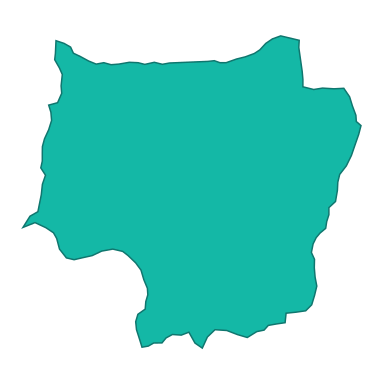 Nova Castilho, São Paulo, Brazil
{"feature_id": "56859067B49471629499295", "entity_name": "Nova Castilho", "entity_type": "district", "adm_level": 2, "iso_a3": "BRA", "parent_name": "Brazil", "parent_adm1": "São Paulo", "projection": "albers", "projection_center": [-50.35, -20.782], "detail": "fine", "context": "isolated", "style": "filled", "palette": "teal", "viewbox_px": 384, "rotation_deg": 0, "n_neighbors": 0, "source": "geoboundaries", "source_scale": "gbopen_adm2", "svg_char_len": 1647}
<svg xmlns="http://www.w3.org/2000/svg" viewBox="0 0 384 384"><path d="M361.0,125.6L356.3,121.5L355.9,115.3L352.4,105.9L349.6,96.8L343.8,88.3L334.0,88.8L322.5,88.1L313.7,89.5L302.9,86.8L302.9,79.4L302.2,71.5L298.8,47.5L299.2,40.3L280.7,35.9L272.4,38.9L265.8,43.4L259.8,49.9L254.3,53.5L245.1,56.9L236.6,59.0L226.1,62.7L220.0,62.7L214.3,60.7L208.0,61.4L169.5,63.0L162.4,64.3L154.3,62.3L144.8,64.4L138.1,62.7L129.3,62.3L118.8,64.1L111.1,64.7L103.8,62.7L96.2,64.1L88.6,61.0L80.7,56.7L73.4,53.2L70.6,47.1L64.1,43.4L56.0,40.7L55.4,53.5L54.7,59.7L59.4,67.9L62.3,74.5L61.1,85.9L61.7,93.3L57.6,102.7L48.7,105.1L50.9,112.3L51.6,120.4L48.7,129.7L44.5,138.8L42.4,146.6L42.3,153.1L42.3,161.1L40.8,167.9L45.5,175.2L42.4,184.3L41.3,194.7L37.9,211.7L30.0,216.2L23.0,227.4L35.0,222.6L45.9,227.7L53.5,232.8L56.7,238.5L59.5,249.1L66.4,257.9L74.1,259.7L81.8,257.9L92.2,255.6L101.7,251.1L112.8,249.1L122.7,251.4L128.0,255.5L135.7,262.9L141.0,270.1L143.8,279.6L147.4,288.3L147.8,294.8L145.8,301.6L145.2,309.1L137.9,314.3L135.7,321.7L136.5,329.7L140.1,341.0L142.0,347.2L148.3,346.1L153.7,343.0L162.0,342.9L166.1,337.9L172.4,334.5L181.3,335.1L188.9,332.2L195.0,343.1L202.3,348.1L207.4,337.0L215.0,329.7L226.8,330.5L237.5,334.6L247.3,337.5L256.8,331.6L264.1,330.1L268.3,325.4L276.2,324.0L285.1,322.7L286.1,313.2L295.9,312.2L305.7,310.8L311.7,304.8L314.5,295.6L316.8,286.1L315.1,277.2L314.3,267.7L314.5,259.3L311.4,252.5L313.1,243.9L316.2,237.6L320.0,233.1L325.7,228.3L326.7,221.6L328.9,214.7L328.9,207.6L335.5,201.5L337.4,190.4L337.8,182.2L339.7,174.4L346.3,165.9L351.4,155.5L354.9,145.3L358.7,134.4L361.0,125.6Z" fill="#14b8a6" stroke="#0f766e" stroke-width="1.5"/></svg>